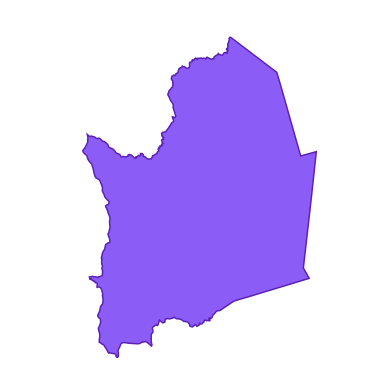 Machinga, Machinga, Malawi (Robinson projection), rotated 344°
{"feature_id": "42251766B63150381936487", "entity_name": "Machinga", "entity_type": "district", "adm_level": 2, "iso_a3": "MWI", "parent_name": "Malawi", "parent_adm1": "Machinga", "projection": "robinson", "projection_center": [35.39, -14.905], "detail": "fine", "context": "isolated", "style": "filled", "palette": "violet", "viewbox_px": 384, "rotation_deg": 344, "n_neighbors": 0, "source": "geoboundaries", "source_scale": "gbopen_adm2", "svg_char_len": 5928}
<svg xmlns="http://www.w3.org/2000/svg" viewBox="0 0 384 384"><g transform="rotate(344 192 192)"><path d="M61.4,310.8L63.1,312.6L63.7,313.6L64.3,313.8L65.2,315.1L65.9,318.0L66.4,318.8L66.5,319.9L66.9,321.0L67.0,322.5L67.5,323.9L67.7,324.1L68.2,323.9L68.9,324.0L71.3,325.4L73.0,326.0L73.4,326.5L73.9,328.0L73.8,329.5L74.0,329.9L74.2,330.1L74.9,330.3L75.3,330.1L75.6,329.4L75.9,329.5L76.1,328.4L76.4,328.3L76.6,327.2L76.9,326.6L77.0,324.4L77.2,324.1L78.7,322.0L79.6,321.4L79.8,320.9L80.9,319.3L82.2,318.2L83.6,317.7L85.8,318.2L89.6,320.0L98.1,323.0L99.9,323.2L102.3,322.7L103.0,322.4L103.0,322.7L106.1,323.0L107.1,323.7L108.7,326.0L110.0,328.3L110.7,328.9L111.3,328.0L111.6,324.4L113.3,318.4L113.9,317.4L115.7,316.0L116.1,315.4L116.3,312.4L116.6,311.6L117.1,311.1L119.6,310.1L121.1,309.9L121.4,310.0L121.7,310.7L122.3,310.7L124.4,307.9L125.0,306.6L125.4,306.2L127.6,309.6L128.0,309.7L130.0,309.7L130.8,307.6L131.2,307.1L131.8,306.8L132.4,307.0L133.7,306.9L134.9,307.6L136.2,307.9L139.7,307.8L140.3,307.5L141.3,308.7L142.8,309.9L144.4,310.3L146.5,311.6L148.5,314.2L150.1,314.6L150.9,315.3L151.8,315.7L152.4,316.6L152.6,317.4L153.3,318.7L153.0,319.5L153.1,320.6L154.1,321.0L154.8,321.7L155.1,321.8L155.5,321.8L156.7,321.0L157.3,321.0L158.6,320.4L159.2,320.8L159.5,322.2L159.7,322.5L160.0,322.6L161.2,322.0L161.8,322.0L162.7,321.5L162.9,320.4L163.1,320.2L163.4,320.4L163.5,321.1L164.9,321.5L165.9,321.2L167.0,320.4L167.7,320.2L168.3,319.2L168.9,318.7L169.5,318.8L170.5,319.7L171.5,319.8L172.9,320.5L173.7,320.5L173.2,319.1L173.3,318.3L174.0,317.9L174.3,317.9L174.7,319.0L175.0,319.1L175.5,318.5L176.5,318.4L178.2,315.9L179.5,315.5L182.6,313.4L184.2,313.2L185.8,313.7L202.3,308.4L223.2,308.2L280.8,307.3L278.1,295.7L305.1,230.5L322.6,187.5L306.5,187.3L306.4,185.6L306.6,114.1L306.5,100.4L271.9,54.1L271.3,53.7L269.8,54.6L269.9,56.4L268.8,57.2L268.6,57.5L268.4,58.3L267.3,59.3L267.0,59.9L266.8,61.5L266.2,62.5L266.2,63.5L265.7,64.1L265.2,63.8L264.8,63.8L264.5,64.5L264.6,64.9L265.5,65.3L265.5,65.7L265.3,66.0L264.5,66.6L264.4,66.9L264.6,67.2L264.1,67.8L264.2,68.1L263.9,68.3L263.0,67.2L262.4,67.4L262.0,67.3L261.9,67.0L261.5,67.0L260.5,67.5L259.8,68.3L258.8,68.9L257.3,68.2L256.7,67.4L255.7,67.0L255.4,66.3L255.0,66.9L254.7,66.7L253.8,67.3L252.4,67.5L250.5,68.3L250.2,68.6L249.7,70.1L249.4,70.1L248.1,69.5L246.8,69.6L243.7,66.6L243.0,66.7L242.3,67.9L240.3,66.6L238.9,66.6L237.8,65.7L235.4,65.4L234.7,65.0L234.1,65.2L233.5,66.0L233.2,65.8L233.0,64.7L232.4,64.3L231.5,64.8L230.8,64.9L230.3,65.8L230.0,65.9L229.3,65.7L229.1,65.1L228.4,65.2L228.0,66.6L227.7,66.9L226.0,66.6L225.7,66.8L225.0,67.6L224.8,69.2L223.7,71.6L221.9,71.8L221.3,71.6L220.4,71.0L219.1,69.3L218.1,69.1L217.4,68.3L216.8,68.9L215.7,69.5L215.0,69.4L213.4,70.1L212.7,70.9L212.1,72.3L211.5,73.2L210.9,73.6L209.2,73.8L208.7,74.8L207.7,75.1L206.9,74.6L206.5,74.6L205.7,75.1L204.7,75.1L203.5,77.0L203.3,77.7L203.6,79.1L204.0,79.7L204.0,80.1L203.5,82.5L203.6,82.9L202.2,85.6L200.9,86.2L200.2,87.0L197.7,88.5L197.0,89.8L196.1,90.8L195.6,91.8L196.4,95.6L196.6,98.2L197.5,100.4L198.0,102.7L197.6,105.0L197.1,105.3L197.1,105.7L197.3,114.6L196.6,115.3L195.7,115.8L194.2,114.4L193.9,114.3L193.7,115.3L194.0,117.9L193.7,119.2L192.3,119.6L191.3,120.1L189.5,121.9L186.1,124.7L184.0,126.1L183.7,126.8L182.8,126.9L180.1,126.6L179.2,127.1L178.8,127.6L178.9,128.3L178.6,129.0L178.7,129.7L179.2,130.2L178.8,130.7L178.9,131.1L179.7,131.7L179.0,132.4L178.9,132.8L179.2,133.5L178.9,133.6L177.9,133.2L177.0,133.7L177.1,137.0L177.6,137.5L175.9,137.8L175.4,138.7L175.9,139.2L175.6,139.3L174.6,139.3L174.0,139.0L173.9,139.8L173.6,140.0L172.7,139.8L172.4,140.1L172.6,141.1L171.1,141.6L171.3,143.4L169.4,144.3L169.1,145.3L166.8,145.7L165.3,146.4L164.3,146.3L164.0,146.4L163.4,147.5L161.8,148.9L158.8,148.1L157.6,147.1L156.5,145.2L155.2,144.5L155.4,143.6L155.4,142.8L154.8,141.4L154.3,141.1L153.6,141.3L153.1,140.9L152.7,142.3L152.3,142.9L151.3,142.7L151.0,142.1L149.1,142.8L148.0,142.7L147.7,142.9L147.8,144.0L147.2,144.1L146.5,143.9L143.5,139.4L143.3,139.2L142.3,139.2L142.0,138.6L140.7,138.9L140.2,140.0L139.2,140.0L137.5,139.9L135.8,138.8L134.8,139.0L133.8,138.9L133.5,138.7L133.2,136.9L132.8,135.9L129.7,133.4L129.1,131.3L128.0,129.1L124.6,126.2L124.3,125.5L124.3,123.8L123.7,122.4L122.0,119.7L121.1,119.0L119.8,118.4L119.4,117.2L118.0,115.0L117.4,114.6L116.1,114.6L115.5,114.4L114.3,113.5L113.5,112.2L111.7,111.3L111.2,110.7L110.6,110.5L109.5,110.5L108.8,110.2L107.2,107.8L106.9,111.3L105.9,113.4L105.8,114.6L105.3,115.6L101.6,119.7L98.6,122.1L98.3,122.8L98.6,124.3L99.9,126.6L100.9,127.7L101.0,128.4L100.9,130.6L101.2,132.8L102.1,135.1L103.0,136.9L103.3,137.9L103.4,143.2L103.0,146.5L103.1,150.4L103.7,152.1L105.8,154.1L106.6,155.7L107.2,162.4L107.1,163.4L106.3,165.5L106.1,166.7L106.8,170.2L106.8,172.4L107.7,174.9L109.4,177.9L109.5,179.1L108.2,180.8L106.0,181.1L105.1,181.5L105.1,183.0L105.7,186.0L105.6,188.8L106.0,192.7L105.9,194.7L105.4,196.1L104.6,197.5L103.4,203.4L100.7,208.3L99.9,208.7L99.7,209.1L99.5,211.4L99.8,213.7L99.8,215.2L99.6,216.6L99.0,217.5L98.5,217.9L96.8,217.8L95.9,218.4L94.9,218.5L94.6,218.7L93.4,220.6L92.5,222.7L90.4,224.5L88.8,226.4L88.4,227.5L87.2,229.4L86.6,230.8L86.7,231.2L87.0,231.2L86.9,231.6L85.5,235.4L85.4,238.8L85.2,239.5L84.3,240.6L84.3,242.9L83.7,245.2L82.8,247.4L82.6,247.8L78.6,247.8L77.6,248.2L77.3,248.0L76.9,247.4L74.3,246.4L73.4,245.7L69.9,245.4L69.8,247.6L70.4,247.9L71.1,247.8L71.1,248.6L71.9,249.3L72.3,249.9L72.5,250.2L73.2,250.1L73.4,250.4L73.3,251.1L74.0,252.0L74.1,252.6L74.8,252.5L75.8,253.8L74.4,257.3L74.6,257.6L75.6,257.4L76.6,257.7L77.7,258.8L78.2,260.9L78.1,263.5L78.3,264.1L77.7,266.4L77.3,266.9L77.0,270.6L75.5,274.4L75.3,274.8L73.3,276.2L72.3,277.3L70.6,280.7L69.2,282.5L67.9,283.8L67.3,284.8L67.3,286.3L67.7,287.2L68.5,288.0L68.8,288.7L68.6,290.6L68.3,291.8L67.4,293.5L65.7,295.8L64.9,296.5L64.5,297.1L64.2,298.5L64.2,301.9L63.9,304.4L63.1,306.5L62.4,307.8L61.4,310.8Z" fill="#8b5cf6" stroke="#5b21b6" stroke-width="1.5"/></g></svg>